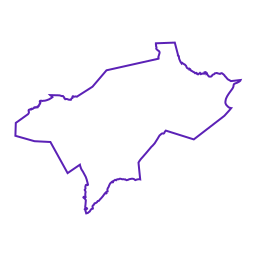 outline of Lamani, Comayagua, Honduras
{"feature_id": "27666195B80950880065989", "entity_name": "Lamani", "entity_type": "district", "adm_level": 2, "iso_a3": "HND", "parent_name": "Honduras", "parent_adm1": "Comayagua", "projection": "natural_earth1", "projection_center": [-87.646, 14.146], "detail": "fine", "context": "isolated", "style": "outline", "palette": "violet", "viewbox_px": 256, "rotation_deg": 0, "n_neighbors": 0, "source": "geoboundaries", "source_scale": "gbopen_adm2", "svg_char_len": 5410}
<svg xmlns="http://www.w3.org/2000/svg" viewBox="0 0 256 256"><path d="M50.2,95.1L50.4,95.3L52.1,96.5L52.4,96.9L52.5,97.1L51.3,98.0L50.6,98.4L49.3,99.2L47.3,100.0L45.7,100.5L44.7,100.7L43.1,100.8L42.3,101.0L41.3,100.7L40.3,100.8L39.9,101.1L39.8,101.4L39.8,101.9L40.3,102.4L40.4,102.6L40.2,103.2L40.1,103.5L39.8,103.7L39.6,103.9L39.6,104.1L39.6,104.4L39.6,104.5L39.0,105.0L38.7,106.1L38.0,106.3L37.8,107.1L37.7,107.3L37.4,107.3L37.1,106.8L36.4,107.4L35.9,107.6L35.4,107.6L35.2,107.2L34.7,107.3L34.6,107.6L34.4,107.6L34.1,107.6L34.0,107.8L34.0,108.0L33.5,108.2L33.1,108.6L32.6,108.9L32.2,109.0L31.8,108.7L31.6,108.7L31.5,108.8L31.4,109.3L31.2,109.5L30.9,109.6L30.3,109.2L29.9,109.5L28.9,109.8L28.7,110.1L28.6,110.3L28.6,110.6L28.6,111.0L28.9,111.8L28.9,112.6L28.7,113.1L28.3,113.8L28.1,114.1L15.8,122.9L15.4,135.8L34.5,141.2L50.4,142.0L67.6,173.1L79.9,164.7L80.2,166.0L80.8,167.8L81.5,169.5L82.3,170.7L82.9,171.6L85.1,175.7L85.7,176.8L86.7,179.6L87.1,181.3L87.3,181.8L87.7,183.5L88.0,184.7L87.9,184.9L87.6,185.1L86.4,184.8L86.1,184.9L85.8,185.1L85.7,185.5L85.3,186.9L85.5,188.3L85.5,188.6L85.3,188.9L84.7,189.9L84.9,190.3L85.4,191.2L85.6,191.9L85.6,192.2L85.4,192.9L85.3,194.1L85.3,195.5L85.4,196.1L85.6,196.8L85.6,197.3L85.4,197.4L84.3,196.9L83.9,196.8L83.7,196.9L83.6,197.0L83.4,197.3L83.4,197.5L83.6,197.7L84.3,198.2L85.3,199.3L85.6,199.8L85.8,200.2L85.8,200.7L85.7,201.8L85.5,204.5L85.2,206.9L85.2,207.1L85.3,207.4L85.4,207.6L86.4,207.9L86.6,208.0L87.0,208.4L87.1,208.7L86.9,208.9L86.5,209.1L85.8,208.9L84.9,208.9L84.8,209.0L84.7,209.3L84.9,209.6L85.6,210.1L85.6,210.4L85.5,210.7L85.5,211.0L86.1,212.8L86.2,213.4L86.3,213.4L87.9,212.9L88.9,212.0L89.6,211.6L89.9,211.2L90.6,210.0L91.1,209.4L91.5,209.0L92.0,208.8L92.6,208.8L92.8,208.7L92.9,208.4L92.5,206.7L92.6,206.0L92.9,205.5L93.4,205.1L93.7,204.9L94.2,204.0L94.5,203.4L94.9,203.2L95.4,203.2L95.8,203.0L97.0,202.2L97.4,201.5L97.7,201.1L98.1,201.0L98.7,200.9L99.0,200.7L99.3,200.3L99.9,199.5L101.0,198.4L102.9,196.2L103.2,195.7L104.2,194.4L104.6,193.7L104.9,193.3L105.1,193.2L105.3,193.1L105.6,193.4L106.0,193.5L106.4,193.3L106.5,193.2L106.4,193.0L106.3,192.7L106.1,192.4L106.1,192.2L106.4,191.8L107.1,191.6L107.6,191.4L107.4,189.6L107.5,189.0L107.8,188.2L108.7,186.8L109.0,185.8L109.9,183.9L110.3,183.3L111.7,182.0L111.8,182.1L112.4,182.3L112.9,182.3L113.0,182.2L113.0,181.2L114.4,180.4L114.9,180.1L115.1,179.9L116.1,180.2L116.4,179.7L116.5,179.6L117.1,179.5L117.9,179.2L118.7,179.3L119.2,179.0L119.7,178.8L119.9,178.7L120.7,178.8L121.0,178.9L122.3,179.3L122.9,179.2L123.3,179.2L124.0,179.3L124.8,179.5L125.3,179.4L126.3,180.1L126.6,180.1L127.0,180.1L127.5,179.9L128.4,179.7L128.8,179.5L129.0,179.3L129.2,179.2L132.0,178.7L133.0,178.8L133.8,179.0L134.1,179.2L135.3,180.1L137.0,179.5L138.1,179.3L139.3,179.2L140.2,179.4L139.1,168.8L138.5,162.6L139.7,160.6L140.9,159.0L142.7,157.0L147.1,151.9L148.7,150.0L151.3,146.9L151.8,146.4L152.4,145.9L154.7,143.3L155.9,141.4L157.8,138.4L158.6,137.0L159.6,135.4L160.5,134.7L161.0,134.2L162.0,133.5L162.6,133.4L163.4,133.6L163.9,133.4L164.3,132.9L164.8,131.8L165.8,130.6L193.8,139.4L224.4,115.8L229.3,110.4L231.2,108.1L230.6,108.0L229.0,107.5L228.2,106.9L227.1,105.8L226.2,104.8L225.6,103.6L225.4,102.8L225.4,101.8L225.6,100.5L225.9,99.0L226.6,97.4L227.3,96.0L228.9,93.5L232.6,88.4L233.4,86.7L233.6,85.1L234.0,84.1L235.0,83.5L237.2,82.7L239.4,81.5L240.3,80.7L240.6,80.0L230.9,81.1L230.4,80.8L229.7,80.3L228.1,79.5L227.3,78.8L226.0,77.2L224.9,76.1L224.5,75.4L223.6,74.5L223.4,74.3L222.8,73.9L222.2,73.4L221.8,73.2L221.4,73.2L221.0,73.3L220.3,73.8L219.9,73.9L218.9,73.6L218.1,73.5L216.9,73.0L216.5,73.0L215.9,73.2L214.9,73.3L214.7,73.5L214.4,73.9L214.1,74.2L213.0,74.6L212.6,74.9L212.1,75.4L211.8,76.0L211.5,76.3L211.3,76.4L210.8,76.6L210.1,76.6L209.2,76.6L208.9,76.4L208.7,76.3L207.8,75.1L207.4,74.7L207.1,73.9L207.0,73.4L206.9,73.2L206.7,73.2L206.2,73.7L205.8,72.2L205.6,72.1L204.9,72.2L204.4,72.4L204.4,72.6L204.4,73.0L204.4,73.3L204.3,73.6L204.2,73.7L203.1,73.6L202.9,73.5L202.5,73.7L201.7,73.7L201.4,73.8L201.1,74.1L200.8,74.2L200.7,74.1L200.6,73.9L200.2,73.1L200.0,72.9L199.3,73.6L198.8,73.7L198.5,73.9L198.2,74.3L197.8,74.3L197.4,74.2L197.1,74.0L196.8,73.2L196.5,72.9L196.1,72.9L195.6,73.2L195.0,73.2L194.3,72.3L193.9,72.2L193.6,72.1L193.1,71.8L192.3,71.2L191.5,70.9L190.9,70.5L190.8,70.3L190.4,69.5L190.1,69.1L189.9,69.1L189.8,69.4L189.8,69.5L189.6,69.7L189.4,69.7L189.2,68.9L189.1,68.6L188.4,68.7L188.2,68.7L187.5,68.2L187.1,68.0L186.9,67.8L186.7,67.5L186.1,65.9L185.5,65.3L185.0,64.7L182.9,63.5L182.4,63.0L182.1,62.8L181.6,63.5L181.4,63.2L180.5,61.9L179.3,59.1L179.0,58.0L178.9,56.6L178.8,56.3L178.6,55.9L178.1,55.8L177.9,55.5L177.9,55.2L178.0,54.9L174.8,42.6L155.9,43.3L155.9,44.5L156.0,44.9L156.1,45.5L156.0,45.9L156.1,46.4L156.4,46.9L156.5,47.6L156.2,48.3L156.3,48.7L156.6,49.3L157.0,49.6L157.7,50.2L158.3,50.7L158.8,51.0L159.3,51.5L159.5,52.1L159.6,52.7L159.5,53.2L159.0,54.9L158.9,55.3L158.3,57.1L158.4,57.6L158.6,57.9L158.6,58.1L158.5,58.7L106.5,70.3L92.5,86.7L77.6,96.2L77.1,96.6L76.9,96.7L76.5,96.6L75.8,96.4L74.5,96.7L74.1,96.6L73.0,96.2L72.7,96.3L72.5,96.6L72.6,97.6L72.6,97.8L72.4,98.0L71.8,98.2L71.6,98.4L71.2,99.0L71.0,99.7L70.9,99.8L68.9,99.7L68.2,99.5L67.6,99.2L66.8,99.0L66.3,99.0L65.7,99.1L65.4,99.2L65.2,99.2L64.9,98.7L64.4,98.4L64.3,97.6L64.2,97.4L63.8,97.0L63.5,96.7L63.2,96.3L62.9,96.0L61.8,96.1L60.4,95.6L59.1,95.3L57.9,95.3L50.2,95.1Z" fill="none" stroke="#5b21b6" stroke-width="2"/></svg>